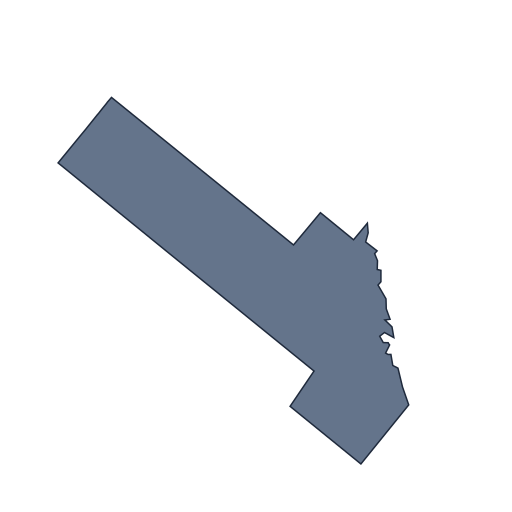 Yellow Medicine, Minnesota, United States of America (Robinson projection), rotated 39°
{"feature_id": "52423323B81974861469446", "entity_name": "Yellow Medicine", "entity_type": "district", "adm_level": 2, "iso_a3": "USA", "parent_name": "United States of America", "parent_adm1": "Minnesota", "projection": "robinson", "projection_center": [-95.786, 44.739], "detail": "fine", "context": "isolated", "style": "filled", "palette": "slate", "viewbox_px": 512, "rotation_deg": 39, "n_neighbors": 0, "source": "geoboundaries", "source_scale": "gbopen_adm2", "svg_char_len": 759}
<svg xmlns="http://www.w3.org/2000/svg" viewBox="0 0 512 512"><g transform="rotate(39 256 256)"><path d="M43.6,308.2L183.2,308.6L373.5,308.9L377.1,351.4L468.4,351.6L468.4,275.6L452.3,265.6L436.9,253.8L431.2,255.0L422.8,247.6L420.6,249.4L417.8,249.9L415.8,241.0L415.6,240.9L414.8,240.8L414.1,240.6L413.6,240.4L413.3,240.2L409.4,243.2L402.6,240.5L404.0,234.6L414.5,232.7L406.3,225.5L396.4,224.6L400.0,220.8L390.5,215.1L384.0,207.5L369.1,201.8L369.3,197.4L362.1,188.5L358.7,190.2L353.4,183.2L346.7,179.5L346.9,175.8L332.4,176.1L328.6,167.4L321.9,160.4L321.6,182.0L278.8,181.8L278.2,223.8L43.9,223.7L43.8,227.5L43.7,230.1L43.8,231.0L43.8,237.9L43.9,244.9L43.8,245.5L43.9,266.0L43.8,273.4L43.6,308.2Z" fill="#64748b" stroke="#1e293b" stroke-width="1.5"/></g></svg>